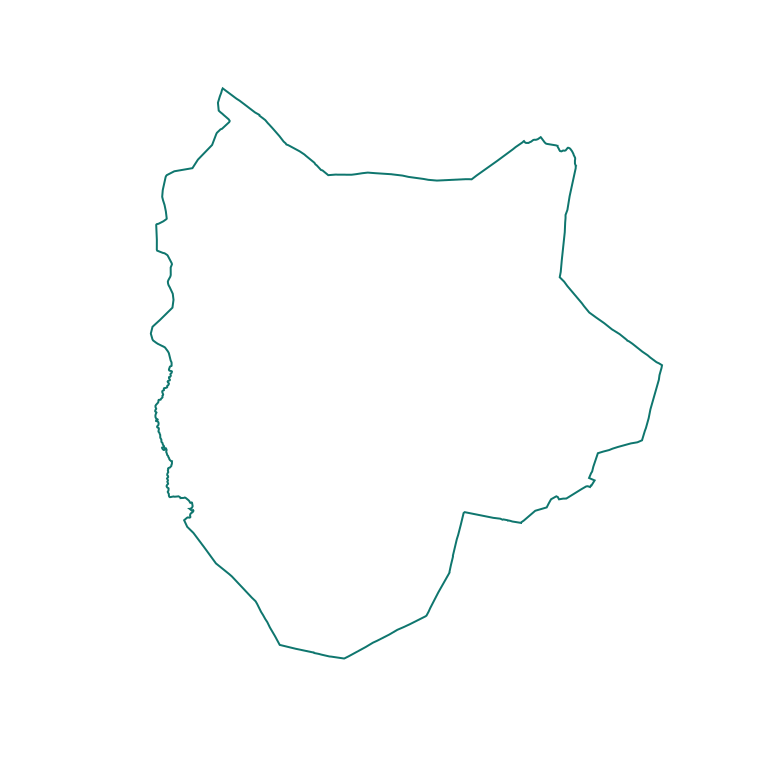 the district of Riebiņu pag., Riebinu, Latvia, rotated 285°
{"feature_id": "27541924B17369657995455", "entity_name": "Riebiņu pag.", "entity_type": "district", "adm_level": 2, "iso_a3": "LVA", "parent_name": "Latvia", "parent_adm1": "Riebinu", "projection": "mercator", "projection_center": [26.752, 56.344], "detail": "fine", "context": "isolated", "style": "outline", "palette": "teal", "viewbox_px": 768, "rotation_deg": 285, "n_neighbors": 0, "source": "geoboundaries", "source_scale": "gbopen_adm2", "svg_char_len": 6142}
<svg xmlns="http://www.w3.org/2000/svg" viewBox="0 0 768 768"><g transform="rotate(285 384 384)"><path d="M105.0,350.8L105.4,367.3L106.3,383.9L106.4,385.1L106.5,385.4L106.3,385.5L106.1,386.3L106.4,390.7L106.4,393.8L106.7,401.9L107.0,403.5L108.5,416.4L108.6,416.7L111.8,420.3L125.2,434.4L131.3,440.3L134.2,443.8L143.3,453.9L150.0,460.5L154.1,465.7L158.8,471.3L170.3,484.2L171.3,485.0L175.6,486.0L179.8,486.7L196.8,490.4L218.8,496.1L219.0,495.9L226.6,495.5L235.2,495.3L235.8,495.0L252.9,494.5L257.3,494.7L267.7,494.6L280.0,494.3L281.1,495.1L283.0,524.2L284.0,531.2L283.6,533.6L284.1,534.4L284.4,538.5L284.1,539.1L284.4,539.4L284.5,541.4L284.4,543.5L285.3,552.3L285.7,552.2L288.3,554.4L300.7,562.9L306.9,573.1L311.6,574.1L315.9,575.2L320.1,579.5L319.8,581.1L317.9,582.9L319.7,586.8L320.3,588.9L320.6,589.8L333.7,602.1L337.4,605.8L338.0,607.3L337.8,609.7L339.5,610.1L339.5,610.6L345.4,612.4L345.9,608.8L346.3,606.4L351.4,607.1L353.3,607.7L358.4,607.6L372.5,608.5L375.5,613.3L378.5,618.6L380.7,621.5L383.7,626.2L390.5,637.8L393.3,643.9L396.4,647.8L406.2,648.1L409.2,648.4L419.5,648.5L428.5,647.9L459.3,648.4L463.9,647.8L471.3,647.9L474.1,647.7L475.1,644.4L475.6,641.6L478.5,634.3L480.0,631.2L482.1,625.2L487.2,613.5L488.6,609.6L488.9,607.7L489.4,607.2L493.2,598.6L495.8,590.0L499.7,581.1L503.2,571.5L506.2,563.7L511.0,557.0L513.1,554.4L526.1,535.7L529.5,531.5L532.6,526.1L538.0,525.7L549.5,523.7L577.5,519.3L586.9,517.2L591.3,516.4L594.3,515.6L599.6,516.1L613.4,514.7L642.2,513.3L644.0,512.8L644.4,513.0L644.8,512.5L646.3,511.4L649.2,510.6L651.0,510.4L652.0,510.0L654.4,507.9L655.3,507.4L657.5,505.4L659.2,503.3L659.7,502.4L659.9,501.1L659.8,500.5L659.6,500.3L656.7,499.0L656.1,498.1L655.9,496.6L654.7,495.3L654.6,494.1L654.6,493.7L655.3,492.9L656.3,492.1L657.8,490.6L658.5,490.1L658.9,490.0L658.8,489.7L659.0,489.1L659.0,488.3L658.1,479.2L658.2,478.0L659.0,476.6L662.9,471.7L663.0,471.5L660.2,469.1L659.2,467.5L658.9,466.2L658.4,465.1L656.1,463.3L655.1,462.0L654.3,461.3L654.0,460.3L653.6,458.8L653.9,457.6L654.9,456.3L654.7,456.1L653.2,455.2L646.9,449.8L644.0,447.7L628.7,435.5L609.5,419.6L604.4,415.7L603.8,413.0L603.1,410.3L594.2,382.5L592.7,374.0L592.3,369.1L590.4,354.2L590.1,347.9L588.6,337.5L588.6,337.2L585.3,320.6L584.0,313.6L582.0,308.5L579.4,302.6L577.7,298.4L573.6,282.6L571.3,276.1L574.4,269.3L574.4,267.8L577.8,262.4L578.4,260.9L579.7,259.5L584.2,249.5L585.1,247.7L586.9,242.4L589.9,229.8L590.1,227.7L591.0,226.7L592.2,224.3L596.4,218.8L602.1,210.3L605.1,205.6L605.8,204.4L608.2,201.0L611.0,194.2L611.7,194.0L612.9,189.2L620.3,171.2L621.4,167.7L627.8,151.7L626.0,151.4L623.3,151.4L619.4,151.0L612.7,150.8L605.3,153.6L604.2,155.6L603.2,157.9L602.2,159.8L599.5,165.4L598.3,166.8L597.9,166.9L596.9,166.7L588.5,161.4L587.7,160.2L583.4,157.6L582.1,157.3L570.4,156.1L552.6,146.2L542.9,143.1L535.2,126.4L529.5,120.1L528.5,119.7L527.5,119.5L514.1,120.1L507.4,121.3L504.3,123.0L500.1,125.7L494.3,128.6L487.6,131.3L487.0,131.2L484.0,128.7L480.4,124.7L479.7,123.3L479.2,122.9L478.7,122.8L464.4,127.3L454.9,129.8L454.1,130.4L453.4,136.5L453.5,138.2L452.5,141.2L452.1,141.8L445.7,147.7L444.7,148.2L441.3,147.8L434.1,149.8L432.4,149.8L428.8,148.9L427.1,148.7L426.4,148.9L425.0,149.5L423.6,150.4L422.1,151.9L416.5,156.6L410.8,158.9L403.0,159.9L388.0,151.1L379.4,145.6L372.6,145.7L372.2,145.8L367.2,148.8L366.3,149.7L364.8,153.5L364.2,155.4L362.9,162.0L362.6,163.0L359.5,166.9L358.1,168.2L351.4,171.9L350.0,173.1L349.3,173.4L346.7,174.1L346.4,174.0L345.7,173.0L345.2,172.7L342.6,172.5L342.0,172.6L341.5,173.1L341.4,173.5L341.4,175.6L341.0,176.0L339.7,175.9L338.6,175.2L338.0,175.2L336.9,175.9L336.4,175.9L335.5,175.5L335.0,174.6L334.7,174.6L334.0,174.8L332.7,176.1L332.1,176.1L331.0,174.6L330.3,174.4L329.6,174.9L329.0,176.0L328.5,176.2L327.0,175.9L326.3,175.2L325.8,175.1L324.8,175.4L324.6,175.3L324.3,175.0L323.3,173.5L323.2,172.9L322.9,172.6L322.1,172.6L321.3,173.0L321.0,173.0L320.1,171.9L319.6,171.7L318.8,171.9L316.7,173.4L316.1,173.4L315.3,173.0L313.9,173.5L313.5,173.4L312.0,172.5L311.1,172.3L310.8,171.8L310.5,170.8L310.3,170.5L309.7,170.4L308.3,170.7L307.4,170.5L304.9,169.2L303.7,168.9L302.5,169.3L301.1,170.4L299.5,169.9L298.5,170.0L298.1,170.4L297.8,171.3L297.6,171.6L295.6,171.3L294.1,171.4L292.6,172.0L291.9,172.7L291.5,173.3L291.3,174.3L291.1,174.6L290.4,174.5L289.8,173.3L289.3,173.4L289.2,175.1L289.0,175.5L288.6,176.0L287.6,176.5L286.0,176.7L284.5,175.9L283.9,175.9L283.5,176.2L283.3,176.6L283.3,177.3L283.1,177.8L282.3,178.2L279.9,178.4L279.4,178.7L279.0,179.5L278.1,180.0L276.9,181.0L274.2,181.8L272.7,183.3L270.5,184.0L269.7,185.3L268.2,186.1L266.9,187.7L266.4,187.8L266.3,187.4L265.4,186.9L265.2,186.2L264.9,186.1L264.3,186.6L263.7,187.3L263.3,188.1L263.3,188.5L263.6,189.0L263.9,189.2L264.9,189.0L265.3,189.2L265.5,189.7L265.4,190.1L264.0,191.1L262.0,191.2L261.0,192.0L259.5,192.9L259.2,193.1L258.7,194.0L257.3,194.9L256.8,195.6L255.7,196.2L255.2,196.8L254.5,198.2L254.5,199.2L253.6,199.3L253.3,199.5L251.9,199.8L250.9,199.6L249.9,199.8L248.2,199.0L247.8,198.7L247.2,197.7L246.5,197.3L245.7,197.7L244.8,197.5L244.2,197.9L243.7,198.0L243.1,198.4L241.5,198.0L240.7,198.0L239.9,198.2L239.5,198.6L239.3,199.1L238.8,199.4L238.2,199.6L236.7,198.9L236.4,198.9L236.2,199.4L235.1,200.2L234.7,200.3L233.5,200.0L232.2,201.1L231.7,201.3L230.4,200.6L229.5,200.4L228.7,200.6L227.9,201.5L227.6,202.7L227.2,203.0L225.1,203.4L224.1,203.0L223.5,203.2L222.2,204.6L220.8,205.0L219.7,205.6L219.5,205.9L219.3,206.5L219.5,207.0L220.6,209.2L220.9,209.9L220.8,210.4L221.2,211.7L221.9,213.6L222.3,214.5L222.1,215.5L221.5,217.2L221.2,217.2L222.2,220.2L222.8,221.0L222.6,222.0L221.4,224.7L220.7,226.0L219.1,227.6L219.1,227.9L219.8,228.9L219.6,229.3L216.9,230.6L216.2,230.8L214.7,230.5L213.3,229.2L213.1,228.6L211.9,231.3L212.0,231.5L212.6,231.8L212.8,232.2L212.3,232.7L211.7,232.7L210.5,232.2L209.3,231.1L208.6,230.7L207.1,230.6L205.4,231.4L204.9,231.2L204.6,230.8L204.3,228.9L203.9,228.4L200.7,226.2L195.1,230.9L190.8,238.5L178.6,254.0L167.2,268.1L160.4,283.5L158.8,286.8L143.5,311.5L140.9,316.2L138.7,318.4L131.9,324.4L129.7,326.8L126.1,330.3L123.8,332.9L119.3,336.8L112.2,344.0L105.0,350.8Z" fill="none" stroke="#0f766e" stroke-width="2"/></g></svg>